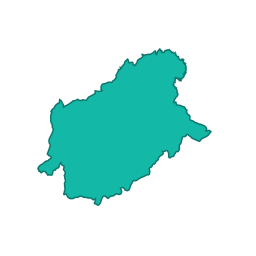 the district of Ambohidratrimo, Analamanga, Madagascar, rotated 205°
{"feature_id": "10022922B52736847594449", "entity_name": "Ambohidratrimo", "entity_type": "district", "adm_level": 2, "iso_a3": "MDG", "parent_name": "Madagascar", "parent_adm1": "Analamanga", "projection": "robinson", "projection_center": [47.401, -18.676], "detail": "fine", "context": "isolated", "style": "filled", "palette": "teal", "viewbox_px": 256, "rotation_deg": 205, "n_neighbors": 0, "source": "geoboundaries", "source_scale": "gbopen_adm2", "svg_char_len": 5857}
<svg xmlns="http://www.w3.org/2000/svg" viewBox="0 0 256 256"><g transform="rotate(205 128 128)"><path d="M157.4,190.3L158.8,187.0L158.5,184.9L158.5,184.1L159.3,181.6L159.5,179.7L160.6,179.6L159.6,178.2L160.2,177.4L161.1,177.1L161.2,176.5L160.8,175.3L161.0,173.8L160.8,173.3L161.2,170.9L160.5,169.8L160.1,168.2L160.7,165.7L161.5,164.6L161.9,162.6L165.1,161.2L167.3,158.7L169.5,157.2L170.0,155.5L169.7,153.6L169.1,152.6L169.0,152.0L168.4,151.3L167.3,151.0L168.7,149.5L170.6,148.6L173.5,147.8L172.3,145.4L174.6,142.1L176.8,139.3L177.5,135.4L181.3,134.2L181.4,133.7L183.2,132.5L185.8,132.7L186.4,131.6L187.6,130.5L189.3,129.3L190.0,127.5L190.9,126.2L191.5,124.9L195.3,119.7L195.8,121.2L200.2,124.5L201.9,124.8L200.8,121.3L201.0,121.0L201.9,120.8L202.1,120.5L203.3,117.8L203.5,114.8L204.6,112.6L204.7,110.5L204.7,110.2L203.9,110.3L203.5,109.9L203.5,107.4L202.7,105.4L202.6,104.9L201.6,103.4L201.0,101.8L199.8,100.3L197.6,98.5L197.3,97.2L195.0,95.0L194.9,94.6L194.6,91.8L194.7,84.4L194.1,82.6L192.8,80.9L192.0,80.5L191.4,79.8L190.9,79.0L190.1,70.3L188.2,69.7L187.9,69.5L186.9,69.7L185.8,69.4L184.9,68.8L184.9,68.5L185.6,67.2L185.6,66.6L186.4,65.7L186.6,64.6L187.9,63.6L188.8,62.6L190.2,59.2L191.3,58.0L191.9,56.8L192.3,55.6L192.6,53.5L192.4,53.3L191.7,52.4L191.2,52.4L190.8,51.4L189.9,51.3L189.1,51.6L188.7,51.2L188.5,50.9L188.1,50.8L187.3,51.1L186.9,52.8L184.8,53.5L180.6,51.4L180.2,52.2L178.7,52.4L177.3,53.1L177.0,53.6L177.1,54.9L177.6,56.2L177.7,58.1L175.9,59.3L175.9,60.9L175.7,61.3L174.8,61.9L174.0,63.0L174.6,65.0L174.2,68.2L173.6,67.5L172.6,66.7L171.6,66.4L170.7,66.5L169.8,66.3L169.4,65.3L169.0,63.2L168.7,62.9L167.4,62.3L165.8,60.9L165.5,60.0L165.8,58.9L165.7,58.0L164.7,57.1L163.7,55.3L162.5,54.1L162.3,53.6L162.1,50.7L161.3,49.7L161.0,48.6L160.7,48.3L160.3,48.2L160.1,47.4L158.8,45.2L159.1,44.2L158.6,43.3L158.4,42.2L158.5,41.4L158.1,40.8L157.7,40.6L156.5,41.8L155.9,41.9L153.3,39.9L151.2,39.5L150.2,39.7L147.9,40.9L146.5,42.8L143.9,44.2L143.3,45.5L142.1,46.2L140.5,46.7L139.1,46.4L136.6,47.4L134.7,47.7L131.9,48.9L131.1,48.8L130.0,48.3L129.3,48.2L128.0,49.1L127.6,50.2L126.7,48.4L126.8,46.3L126.5,45.4L124.5,45.5L122.7,45.3L122.0,45.9L121.7,46.7L121.4,48.6L122.0,54.1L121.7,55.2L121.3,55.8L120.4,56.6L119.6,56.7L118.1,55.9L116.3,55.8L115.2,58.5L114.9,58.9L112.5,60.4L110.9,63.4L110.2,63.7L108.7,63.7L107.7,64.2L107.2,64.6L106.8,65.0L106.6,65.8L106.6,66.8L106.7,67.3L107.4,68.5L109.4,70.0L109.4,70.4L107.8,71.7L107.4,71.8L105.8,71.6L104.3,70.5L102.1,70.9L101.0,72.2L101.0,74.1L101.4,77.1L100.9,82.8L99.6,83.0L98.2,84.0L96.1,87.6L92.5,91.6L91.1,93.6L89.8,94.1L89.2,94.9L89.1,95.4L89.7,96.5L89.7,97.4L89.8,97.8L91.4,99.6L91.4,100.7L91.2,101.7L90.4,102.4L90.2,102.8L90.1,105.7L88.8,106.6L88.6,107.2L88.5,109.2L88.0,110.5L87.3,111.7L87.3,112.1L87.8,113.1L87.2,115.9L86.3,117.3L85.3,119.1L85.3,119.7L85.6,120.1L86.2,120.9L86.8,121.3L86.2,121.7L85.3,121.9L84.0,123.4L83.3,124.0L82.8,124.0L81.8,123.5L80.8,122.6L79.3,120.1L79.0,119.0L78.0,118.5L77.2,118.8L76.2,120.6L75.8,120.9L74.9,121.4L74.7,122.3L74.7,123.8L74.3,126.5L73.8,127.3L72.6,127.9L72.4,128.7L72.5,130.2L72.6,130.8L72.8,130.9L73.0,131.8L73.7,132.9L74.2,134.0L73.6,136.2L74.4,140.8L74.8,141.5L74.7,142.6L74.4,143.5L72.6,144.4L72.1,145.7L71.9,147.1L71.5,147.4L67.5,146.6L66.3,146.0L65.1,145.8L59.9,146.0L58.4,145.9L57.6,146.2L57.2,147.0L56.7,149.4L53.8,152.9L52.6,154.7L52.2,155.8L51.3,159.4L51.3,159.7L52.4,160.0L53.5,160.1L54.1,159.8L55.5,158.3L55.9,158.2L56.2,158.5L56.2,160.3L57.6,161.6L59.8,162.2L63.8,162.1L64.4,161.5L64.7,161.5L65.6,161.8L66.2,161.6L67.9,161.6L69.8,161.3L70.4,161.4L71.0,161.8L75.2,161.6L75.7,161.9L76.6,164.3L77.4,165.3L79.3,165.6L80.5,166.3L81.5,166.7L81.8,167.0L82.0,168.8L82.3,169.2L82.7,169.3L83.8,169.2L85.0,170.5L85.5,170.7L86.5,170.9L88.1,170.5L89.9,170.6L93.6,169.5L94.5,170.2L95.4,171.6L95.7,171.7L96.8,170.6L97.3,170.4L97.6,170.8L97.8,171.4L97.8,173.0L97.7,174.7L97.3,176.8L96.8,178.2L97.0,179.5L97.4,180.2L98.2,180.6L100.1,183.5L100.8,184.0L101.9,184.1L101.9,184.4L101.5,184.8L104.0,185.3L105.1,186.0L105.3,186.3L104.8,186.8L105.4,187.4L105.6,188.8L105.3,189.2L104.7,189.3L105.5,190.1L105.3,191.7L106.2,192.4L106.5,193.0L106.4,193.6L105.9,193.9L105.0,193.6L104.2,194.0L103.4,193.5L103.3,193.8L103.6,194.4L103.4,194.5L102.5,194.2L102.1,193.0L101.2,192.7L99.9,193.3L100.0,193.5L100.5,193.7L101.2,195.0L100.0,195.2L99.8,196.6L99.0,197.8L99.3,198.2L99.5,198.7L99.1,199.8L99.2,200.0L100.3,200.4L99.7,200.8L99.5,201.3L99.0,201.5L99.0,202.4L99.7,202.5L99.1,202.9L99.9,203.6L99.7,204.2L100.0,204.4L99.9,204.8L100.1,205.6L100.7,205.9L100.6,207.1L101.3,207.1L101.8,208.8L103.4,209.6L103.0,210.3L103.1,210.8L103.4,210.8L103.7,210.2L104.2,210.4L104.8,210.3L104.8,211.0L106.4,211.8L106.4,212.4L106.2,213.2L106.8,213.6L107.1,213.4L107.2,212.3L107.5,212.4L107.9,213.2L108.2,213.3L108.6,211.8L109.1,212.1L110.1,211.9L111.7,212.5L112.4,214.1L112.8,214.1L113.1,213.7L114.1,213.7L115.5,214.3L115.8,215.2L116.8,215.4L117.1,216.0L117.3,215.5L118.5,215.3L119.0,215.3L119.3,215.6L120.2,214.8L120.5,214.9L121.0,215.5L122.1,215.9L122.8,215.8L123.6,216.5L124.6,215.6L125.1,215.5L125.7,214.9L126.1,214.8L126.2,214.3L127.2,213.7L127.1,212.8L127.2,211.9L127.4,211.5L128.0,211.4L128.3,211.1L128.6,211.4L128.9,211.4L129.6,210.8L130.0,211.3L129.9,211.7L130.2,212.3L131.3,212.4L131.6,212.0L131.8,212.2L131.7,212.5L132.1,212.8L132.4,212.7L132.6,212.9L133.6,209.5L133.0,207.3L133.5,206.5L134.4,207.2L134.7,207.8L135.9,209.3L136.6,208.3L136.9,207.0L139.0,204.0L140.1,203.7L142.6,202.0L143.7,201.1L143.7,200.7L145.8,200.9L146.3,200.6L144.8,199.3L145.3,197.3L146.3,196.0L146.4,195.4L146.7,195.4L146.8,195.0L147.4,194.4L147.9,193.3L147.5,192.0L147.6,191.9L147.4,191.6L147.6,190.2L147.9,189.5L147.9,188.9L147.7,188.3L148.6,187.3L149.4,187.8L150.4,187.9L151.3,189.3L151.6,189.5L154.0,188.1L154.3,187.6L155.0,187.7L156.7,189.8L157.4,190.3Z" fill="#14b8a6" stroke="#0f766e" stroke-width="1.5"/></g></svg>